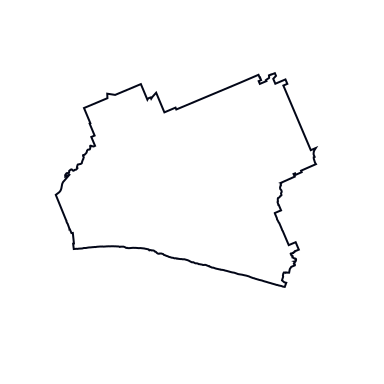 the district of Capel, Western Australia, Australia, rotated 247°
{"feature_id": "25037944B63911738750692", "entity_name": "Capel", "entity_type": "district", "adm_level": 2, "iso_a3": "AUS", "parent_name": "Australia", "parent_adm1": "Western Australia", "projection": "albers", "projection_center": [115.572, -33.527], "detail": "fine", "context": "isolated", "style": "outline", "palette": "ink", "viewbox_px": 384, "rotation_deg": 247, "n_neighbors": 0, "source": "geoboundaries", "source_scale": "gbopen_adm2", "svg_char_len": 5805}
<svg xmlns="http://www.w3.org/2000/svg" viewBox="0 0 384 384"><g transform="rotate(247 192 192)"><path d="M185.7,60.9L184.9,63.4L184.4,64.3L184.1,65.6L183.3,67.8L182.9,68.9L182.7,70.6L181.9,72.4L181.7,73.5L181.5,74.3L181.4,74.8L181.1,75.8L180.7,76.8L180.1,78.8L179.7,79.9L179.4,81.0L179.0,81.7L178.7,83.2L178.2,84.6L177.6,86.4L177.2,87.2L176.9,88.2L176.6,88.6L176.3,89.2L175.5,91.5L175.2,92.5L174.9,93.1L174.7,93.8L173.9,95.6L173.4,97.0L172.3,99.4L171.7,100.7L170.5,103.2L170.1,103.7L169.9,103.9L169.6,104.1L169.6,104.9L169.5,105.1L168.5,107.5L168.0,108.1L167.3,108.8L166.3,109.5L166.1,109.8L166.0,110.4L165.5,110.9L165.2,111.4L164.6,113.0L164.2,114.3L163.7,115.8L163.0,117.4L162.1,119.3L161.3,120.7L160.4,122.9L160.1,123.4L158.6,126.1L158.1,126.7L157.2,128.1L156.6,128.9L156.3,129.4L156.0,129.7L155.7,129.8L155.1,129.8L154.9,130.0L154.8,130.3L154.9,130.8L154.7,131.3L154.4,131.7L153.9,132.1L153.8,132.6L153.3,133.5L153.0,133.9L152.2,134.5L151.6,134.6L151.1,135.2L150.9,135.4L149.6,135.9L148.8,136.4L148.4,136.9L148.0,137.5L148.0,138.3L147.3,139.8L146.5,140.7L146.3,141.0L146.1,141.2L145.3,141.5L144.9,141.7L144.5,142.3L143.0,143.7L142.5,144.4L141.1,145.6L140.6,146.4L139.5,147.6L138.8,148.9L137.8,149.9L137.5,150.8L137.2,151.4L137.0,151.7L136.8,151.8L136.7,151.8L136.6,152.0L136.4,152.7L136.0,152.9L135.9,153.1L135.8,153.6L135.5,153.9L134.6,155.5L134.4,156.1L133.6,157.3L133.1,158.6L132.9,158.9L132.4,159.5L130.9,161.4L129.7,162.5L128.4,163.5L127.3,164.5L127.2,164.6L127.0,165.5L126.5,166.1L126.0,166.4L125.1,167.2L124.9,167.5L124.4,168.7L123.5,169.7L123.0,170.0L122.8,170.5L122.2,171.4L121.8,171.9L121.4,172.7L120.5,173.6L120.4,173.8L120.2,174.5L120.0,174.9L119.9,175.5L119.5,176.1L118.7,177.0L118.3,177.2L117.4,178.3L116.9,178.6L116.8,178.8L116.8,179.0L116.7,179.0L116.2,179.3L115.5,180.1L114.6,180.9L114.0,182.1L112.4,183.8L111.5,185.0L110.9,185.9L110.7,186.1L110.3,186.7L109.8,187.4L109.5,188.0L109.1,188.2L108.5,189.5L107.4,191.1L106.8,191.7L105.9,193.0L103.1,196.5L102.2,197.7L101.5,198.9L101.0,199.6L99.8,200.9L99.4,201.4L98.9,201.8L98.6,202.2L98.2,202.7L96.1,206.1L95.6,206.7L93.8,209.3L92.0,211.5L91.3,212.1L90.6,212.8L88.8,214.7L88.4,215.4L87.3,216.5L86.8,217.2L86.0,218.1L85.5,218.8L85.0,219.3L83.2,221.8L81.9,223.2L81.0,224.3L80.4,225.1L78.7,227.1L77.3,228.9L76.5,229.8L74.6,232.2L73.7,233.2L73.3,233.7L73.1,234.2L72.1,235.3L70.5,237.6L69.4,238.7L68.4,240.3L71.6,243.3L72.8,241.7L75.5,240.3L78.4,242.8L79.5,243.0L81.4,244.3L82.0,245.3L81.0,246.6L81.3,247.0L80.3,248.7L79.8,249.9L82.4,251.6L82.9,252.0L84.3,254.1L84.3,258.0L85.2,258.4L85.5,258.3L85.5,258.1L85.6,257.9L86.2,257.7L86.4,257.8L86.5,258.0L86.4,258.2L86.5,258.4L86.9,258.7L87.1,259.1L87.5,259.0L87.7,259.4L87.8,259.5L87.9,259.4L87.7,260.2L88.0,260.6L88.2,260.8L88.4,260.7L88.9,260.8L89.2,261.4L89.6,261.5L89.8,261.3L90.1,261.3L90.4,261.0L90.3,260.8L90.3,260.7L90.7,260.5L91.5,259.7L92.1,259.4L92.5,258.9L93.0,259.2L93.3,259.5L93.6,259.6L94.0,259.5L94.4,259.0L94.4,258.9L94.6,258.8L94.9,258.8L95.2,258.7L96.0,259.0L96.2,258.8L96.4,258.7L96.6,258.7L96.7,258.9L96.6,259.0L96.2,259.4L96.4,260.1L96.6,260.3L96.6,260.5L96.4,261.0L96.3,261.3L96.6,261.5L96.7,261.8L96.6,262.6L96.6,262.8L96.8,262.9L97.1,263.0L97.4,263.9L97.2,264.6L97.2,267.8L105.3,267.8L105.3,260.3L120.9,260.3L121.3,260.1L122.9,260.2L129.3,260.2L130.0,259.9L131.2,259.9L133.7,259.6L134.7,259.9L140.0,259.9L140.3,260.0L140.3,266.8L146.0,266.8L146.0,266.6L146.4,266.4L146.7,266.7L147.3,266.6L148.5,266.7L148.8,266.7L149.0,266.9L149.4,266.9L149.7,267.1L149.9,267.5L150.5,267.6L151.1,267.9L152.1,268.2L152.9,269.0L152.8,269.5L153.0,270.5L153.7,271.5L153.9,272.5L153.9,272.8L154.0,273.0L154.4,273.2L155.7,273.3L156.4,273.8L156.7,274.3L157.3,274.7L158.4,274.9L158.8,274.9L159.9,274.5L160.4,274.4L161.9,274.9L163.0,275.8L163.1,276.2L163.4,276.3L163.5,276.5L164.1,276.5L164.4,276.7L164.6,277.0L165.1,277.6L165.3,277.7L165.7,277.3L166.0,292.6L168.9,292.5L168.9,294.2L167.3,294.2L167.4,300.7L169.0,300.7L169.2,317.0L171.0,316.7L175.0,317.1L176.4,317.6L176.4,318.6L178.9,318.6L180.0,319.0L181.4,319.8L182.5,320.8L184.1,323.1L184.1,317.7L254.3,317.7L254.3,322.0L259.1,322.0L259.1,311.0L264.4,311.0L264.9,312.0L266.1,314.7L269.0,314.7L269.1,310.6L269.3,310.6L269.3,308.4L267.5,307.9L266.7,307.2L266.6,305.8L266.1,303.7L265.0,303.8L265.0,296.7L268.0,296.7L268.0,299.3L270.9,299.4L270.9,299.0L273.9,299.0L273.8,279.1L274.1,209.8L276.1,209.8L276.1,197.7L297.4,197.8L295.0,192.7L294.5,191.9L293.8,190.9L295.2,190.9L295.3,189.3L295.2,188.0L294.4,187.0L311.3,187.1L311.4,159.2L315.6,152.4L311.4,150.8L311.5,125.4L295.0,125.3L295.0,124.5L282.0,124.4L282.0,120.8L272.4,120.8L272.4,120.5L272.3,119.5L272.4,119.1L273.1,118.1L274.2,116.9L274.3,116.6L274.3,116.4L273.9,116.1L272.7,115.9L272.0,115.3L271.6,115.0L271.3,114.7L271.2,114.6L271.2,114.1L271.3,113.7L271.6,112.9L271.6,112.6L271.1,111.6L269.9,110.7L269.3,110.1L269.0,109.4L268.2,107.5L268.5,106.5L268.5,106.2L268.2,106.0L267.8,105.8L266.8,106.0L266.0,105.8L265.3,105.0L264.8,104.8L264.4,104.2L263.5,103.3L262.2,102.2L261.9,102.0L261.5,101.7L261.4,101.0L261.3,100.4L261.6,99.3L261.7,98.4L261.9,97.9L261.9,97.7L261.5,97.1L259.8,95.8L259.6,95.7L259.2,95.9L258.7,95.9L258.4,95.4L258.0,94.3L257.9,94.0L258.2,92.5L257.9,91.9L257.9,91.2L258.0,91.0L258.2,90.8L259.8,90.1L259.9,89.7L260.0,89.1L259.4,87.2L259.2,87.1L258.1,86.6L257.7,86.2L258.0,85.5L257.9,84.9L258.2,84.4L258.3,84.0L258.1,83.4L257.7,82.9L257.5,82.4L257.3,82.1L256.8,81.7L255.9,81.5L255.7,81.4L255.7,83.6L255.8,83.7L255.8,85.6L255.7,85.7L252.2,78.6L251.6,77.3L250.4,75.9L249.6,75.3L246.3,73.1L245.6,72.5L245.0,71.9L244.5,71.3L244.0,70.4L243.6,69.5L242.6,65.5L215.5,65.1L214.6,65.2L214.3,65.1L214.0,64.9L212.2,64.9L211.6,65.1L207.3,64.9L205.6,64.7L205.4,64.6L205.3,65.0L201.3,65.0L200.9,66.3L190.7,63.2L190.9,62.4L185.7,60.9Z" fill="none" stroke="#020617" stroke-width="2"/></g></svg>